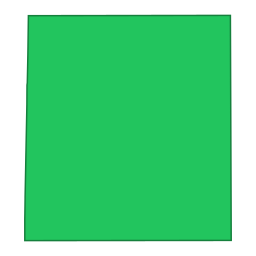 outline of Yoakum, Texas, United States of America
{"feature_id": "52423323B73359815084270", "entity_name": "Yoakum", "entity_type": "district", "adm_level": 2, "iso_a3": "USA", "parent_name": "United States of America", "parent_adm1": "Texas", "projection": "orthographic", "projection_center": [-103.003, 33.174], "detail": "fine", "context": "isolated", "style": "filled", "palette": "green", "viewbox_px": 256, "rotation_deg": 0, "n_neighbors": 0, "source": "geoboundaries", "source_scale": "gbopen_adm2", "svg_char_len": 303}
<svg xmlns="http://www.w3.org/2000/svg" viewBox="0 0 256 256"><path d="M28.4,15.7L28.0,46.6L27.9,54.1L27.3,82.8L27.0,85.0L26.9,104.4L26.1,145.4L25.1,197.2L25.1,198.9L24.9,213.8L24.8,219.3L24.8,237.9L24.8,240.6L231.2,240.4L230.4,15.4L28.4,15.7Z" fill="#22c55e" stroke="#15803d" stroke-width="1.5"/></svg>